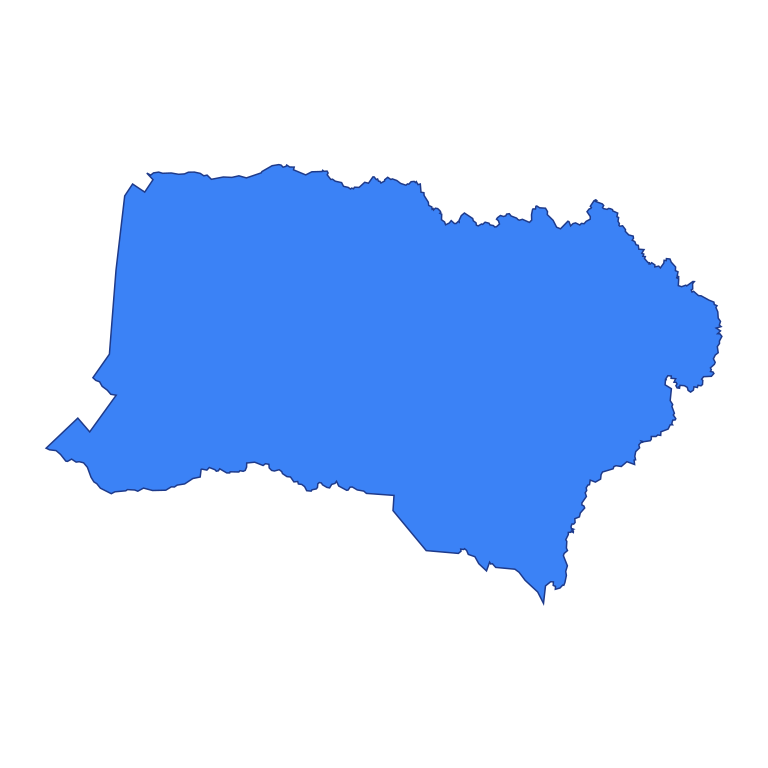 Mareeba, Queensland, Australia
{"feature_id": "25037944B55743987265110", "entity_name": "Mareeba", "entity_type": "district", "adm_level": 2, "iso_a3": "AUS", "parent_name": "Australia", "parent_adm1": "Queensland", "projection": "albers", "projection_center": [144.699, -17.129], "detail": "fine", "context": "isolated", "style": "filled", "palette": "blue", "viewbox_px": 768, "rotation_deg": 0, "n_neighbors": 0, "source": "geoboundaries", "source_scale": "gbopen_adm2", "svg_char_len": 6113}
<svg xmlns="http://www.w3.org/2000/svg" viewBox="0 0 768 768"><path d="M713.9,302.1L708.9,300.1L701.1,295.8L698.5,295.6L693.6,291.3L692.0,292.0L691.2,289.9L692.7,289.0L692.6,283.7L694.3,281.6L692.9,281.5L686.7,285.9L685.8,285.2L681.6,286.7L678.3,285.6L678.7,278.9L676.1,277.5L678.6,277.7L678.7,276.6L677.2,276.0L678.0,271.8L675.4,270.6L675.6,267.0L671.2,262.1L670.0,259.0L666.4,258.6L666.2,260.6L664.1,260.3L663.8,263.1L660.4,267.9L658.7,266.1L654.8,266.9L654.9,264.9L651.6,262.7L650.4,264.0L649.0,263.9L649.3,262.7L647.9,262.5L644.5,258.5L645.3,256.6L642.9,256.3L643.8,254.1L641.8,253.3L644.0,249.6L638.8,249.2L638.3,245.4L636.0,244.7L634.8,241.6L632.2,240.2L633.5,238.3L633.2,236.1L628.7,234.9L625.3,231.3L625.5,229.6L622.6,225.8L619.8,226.2L618.9,225.3L619.4,223.6L618.0,221.3L618.6,217.5L616.9,216.7L617.7,213.1L612.8,210.9L612.5,209.6L610.4,208.7L608.6,208.4L607.1,209.4L603.6,208.6L602.5,207.6L603.7,205.5L602.3,203.9L595.7,201.5L596.8,200.6L595.8,199.8L594.0,200.7L590.3,206.3L591.4,207.5L590.7,208.5L589.1,209.0L587.0,211.7L590.3,216.6L590.2,219.2L586.2,221.3L584.1,223.7L581.4,223.4L579.8,225.0L575.6,222.9L573.0,223.6L570.6,225.9L569.0,221.7L567.9,221.2L560.5,228.8L556.6,227.2L553.1,220.3L547.3,214.6L547.5,211.6L545.5,208.2L539.6,207.8L536.8,206.0L535.9,206.3L535.5,209.0L533.0,208.9L532.5,209.7L531.5,214.8L531.7,220.1L529.4,222.4L522.4,219.3L519.4,220.2L518.0,219.6L516.6,218.1L511.1,216.0L509.3,213.7L506.6,214.1L505.8,215.8L503.5,216.5L500.4,215.5L497.5,217.7L496.5,219.2L498.3,220.6L499.5,224.0L496.5,226.7L494.7,227.0L493.5,225.6L490.0,224.9L489.0,223.2L485.1,222.2L482.6,224.4L481.5,224.0L478.2,225.9L476.4,225.2L476.0,222.8L473.3,220.8L472.7,218.5L464.4,213.0L461.3,215.6L459.2,220.1L459.2,222.1L458.3,221.4L456.1,223.5L454.4,223.5L451.2,220.6L449.3,223.0L445.6,224.8L444.6,222.0L441.5,219.7L441.7,214.2L439.8,213.3L440.8,212.3L439.9,210.7L437.7,208.6L435.4,208.2L433.5,210.0L433.1,208.6L432.1,209.2L431.8,206.9L428.7,205.4L428.3,202.2L424.1,195.5L423.9,192.7L421.0,192.2L420.3,184.0L418.0,184.6L416.3,181.6L415.5,182.5L414.2,181.4L411.1,181.7L408.8,184.2L407.5,183.9L405.9,185.2L400.6,183.4L396.8,180.5L392.3,178.9L390.9,179.5L387.7,177.3L384.7,179.7L384.6,181.0L380.9,183.0L379.9,181.3L378.5,181.2L377.6,179.0L376.3,179.6L374.1,176.9L372.9,176.9L368.5,183.2L364.7,182.3L359.1,187.4L354.5,187.2L353.5,188.8L351.7,188.1L350.5,189.0L348.2,187.4L343.5,186.3L341.6,182.6L335.3,181.2L332.5,179.2L330.8,179.5L327.2,174.8L328.1,173.0L327.1,171.1L323.9,171.3L322.7,170.3L322.1,171.5L311.8,171.8L305.7,174.9L293.5,169.8L294.2,167.1L289.7,167.0L286.7,165.0L286.0,166.3L283.1,167.2L281.1,165.1L278.8,164.6L272.1,165.7L262.0,171.5L261.1,172.9L246.4,177.9L238.9,175.8L231.9,177.4L223.3,177.0L211.4,179.3L207.1,175.1L203.8,175.8L200.3,173.4L194.4,172.1L188.4,172.2L184.5,173.9L178.6,174.3L171.3,173.0L162.6,173.3L158.7,172.1L153.5,172.9L150.7,175.1L146.8,173.1L153.0,179.7L144.7,192.1L132.6,184.0L124.7,195.9L116.0,270.2L109.4,354.2L92.9,377.7L95.8,380.4L99.6,381.8L102.1,386.3L107.3,390.2L110.8,394.3L116.2,395.2L89.7,431.9L77.8,418.1L46.1,448.2L49.5,449.8L56.1,450.6L60.6,454.5L65.8,461.1L67.5,461.4L71.6,459.1L76.1,462.1L79.2,461.7L83.6,462.8L87.4,467.3L91.0,477.2L93.9,481.9L96.8,483.7L100.4,488.2L111.3,493.7L114.9,491.8L125.8,490.8L127.4,489.6L134.7,490.0L137.8,491.2L143.5,488.1L152.6,490.5L165.8,490.2L171.4,486.8L174.4,487.0L177.2,485.1L184.7,483.9L192.9,478.5L200.2,477.0L201.1,469.4L201.9,469.1L206.9,470.1L209.3,467.5L214.9,469.7L216.3,471.2L218.4,470.8L219.7,468.8L226.7,472.9L229.7,472.9L230.1,471.8L238.8,472.0L240.0,470.7L243.2,471.3L245.2,470.4L246.6,467.1L246.7,463.0L254.7,462.2L263.1,465.5L265.5,463.7L268.9,464.3L269.2,467.9L271.6,470.4L274.4,471.0L279.2,469.7L281.7,471.6L282.5,473.6L286.9,476.6L290.5,477.0L293.9,481.9L297.7,481.5L298.4,484.0L301.7,484.4L304.6,486.6L306.7,490.7L311.2,491.1L312.0,489.8L316.3,488.9L317.5,487.4L317.8,483.8L319.3,482.5L321.4,483.0L322.5,484.8L326.9,487.4L329.6,487.9L331.7,484.4L335.0,483.4L336.5,481.3L338.7,486.0L346.7,490.3L348.2,490.0L350.0,487.2L352.3,487.0L357.2,489.9L363.8,491.1L366.4,493.4L394.0,495.4L393.0,510.6L426.2,550.6L458.4,553.4L461.0,551.2L460.7,549.1L463.7,549.5L464.5,548.7L466.6,550.4L468.3,554.4L474.9,556.7L478.8,563.7L486.5,570.9L489.6,562.2L490.7,564.0L492.4,563.7L495.7,567.4L514.9,569.2L519.1,572.3L525.1,580.3L537.7,592.0L543.5,603.4L545.5,585.9L550.7,581.7L553.4,581.9L553.2,585.4L555.5,586.4L555.3,589.3L560.0,588.0L562.7,585.1L563.8,585.3L564.9,582.6L566.4,575.4L565.7,571.4L567.4,565.8L563.4,555.7L564.1,553.5L567.5,550.6L566.4,548.1L566.8,541.4L565.8,539.7L568.3,534.6L568.3,532.4L570.8,532.3L571.2,531.3L573.3,532.5L573.4,531.0L572.0,529.8L573.5,529.2L571.4,528.4L571.0,526.6L572.0,524.0L573.7,524.1L575.1,522.5L574.8,518.7L579.4,516.9L580.3,513.0L584.7,508.0L583.9,506.0L581.9,504.9L581.9,502.9L586.4,496.5L585.2,492.8L586.7,490.5L586.2,487.8L587.9,485.1L589.5,484.7L590.2,480.1L595.4,482.1L600.6,479.1L601.1,474.6L602.5,472.0L613.1,468.8L613.9,466.6L616.0,465.7L621.3,466.5L626.9,461.7L634.6,464.5L634.1,460.1L635.6,459.8L634.8,456.4L635.7,451.6L639.6,447.8L638.8,444.9L640.7,442.7L642.3,442.3L641.3,441.1L643.7,441.7L650.3,440.7L651.3,439.2L651.3,436.5L656.0,436.5L657.7,435.0L660.7,435.4L660.9,431.8L668.1,429.1L670.2,424.8L672.6,424.8L671.8,423.5L672.7,420.2L675.2,419.9L675.8,418.7L673.3,415.0L674.4,413.3L671.9,406.5L672.7,404.6L670.2,400.6L671.4,388.7L665.1,384.8L665.5,379.5L666.2,379.6L666.0,378.5L667.9,375.7L671.3,376.0L671.1,378.3L675.7,378.7L674.0,382.2L676.2,382.4L677.0,383.9L675.9,385.7L677.1,387.9L679.3,388.2L678.8,387.0L679.7,387.1L680.0,385.3L684.4,385.7L687.3,387.4L688.1,390.4L690.6,392.1L693.4,390.1L694.0,386.8L697.4,387.5L698.0,385.3L701.0,385.8L702.5,384.5L702.8,380.4L701.6,379.2L703.6,376.7L711.4,376.3L713.9,373.5L713.0,372.0L710.5,371.5L711.3,369.7L710.4,367.9L714.4,364.3L715.2,362.3L713.4,358.8L715.3,355.0L718.2,352.7L717.3,346.6L719.5,343.5L719.4,341.1L721.9,336.4L719.9,333.8L717.6,333.7L720.5,330.9L716.2,328.1L721.1,326.6L719.3,325.1L720.5,321.4L718.2,318.1L717.8,311.9L715.9,307.5L717.0,305.7L714.3,304.5L713.9,302.1Z" fill="#3b82f6" stroke="#1e3a8a" stroke-width="1.5"/></svg>